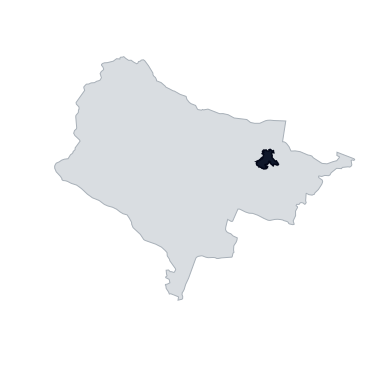 location of Malemba-Nkulu, Katanga, Democratic Republic of the Congo, rotated 291°
{"feature_id": "63176286B11863220768150", "entity_name": "Malemba-Nkulu", "entity_type": "district", "adm_level": 2, "iso_a3": "COD", "parent_name": "Democratic Republic of the Congo", "parent_adm1": "Katanga", "projection": "equal_earth", "projection_center": [26.787, -8.06], "detail": "fine", "context": "in_parent", "style": "filled", "palette": "ink", "viewbox_px": 384, "rotation_deg": 291, "n_neighbors": 0, "source": "geoboundaries", "source_scale": "gbopen_adm2", "svg_char_len": 7898}
<svg xmlns="http://www.w3.org/2000/svg" viewBox="0 0 384 384"><g transform="rotate(291 192 192)"><path d="M291.9,254.1L271.4,258.5L271.8,260.0L271.6,261.7L271.1,263.0L269.0,266.4L265.9,269.5L265.9,270.2L267.4,273.7L268.4,278.5L268.1,287.0L268.5,289.2L268.5,291.0L267.4,293.0L265.3,303.1L266.7,308.0L270.7,312.6L273.1,315.9L277.1,317.2L277.7,317.0L278.0,314.2L281.1,313.1L281.1,331.1L280.8,332.1L280.3,332.3L279.5,331.7L279.3,330.0L278.4,329.3L274.5,331.5L273.6,331.4L272.5,331.0L271.7,330.1L271.5,328.8L268.8,323.5L267.4,323.2L265.9,318.5L259.8,315.0L257.4,314.7L256.2,313.7L255.0,309.9L253.0,307.6L252.5,304.9L252.1,304.5L250.9,305.1L249.8,309.3L248.4,310.3L245.9,310.4L239.6,309.1L235.1,307.0L233.9,307.1L232.1,305.2L231.4,301.9L231.8,299.4L231.5,299.1L224.6,301.2L223.0,302.4L221.4,302.1L220.9,301.4L221.6,299.7L221.3,297.9L220.8,297.0L218.7,296.3L218.1,294.3L216.8,294.0L216.4,294.3L216.1,295.7L215.4,296.1L211.3,295.5L207.0,297.2L201.3,296.8L198.6,298.9L198.2,298.8L197.6,297.7L197.1,294.3L197.4,293.4L198.2,292.7L198.5,291.3L198.2,287.8L198.4,286.9L198.1,284.9L197.2,281.6L196.0,279.0L193.4,275.0L192.9,273.1L193.1,268.7L193.9,261.6L193.8,256.3L192.7,252.9L192.5,249.2L193.1,242.6L192.5,241.0L179.4,240.4L178.9,239.9L178.6,239.0L179.2,235.1L171.3,236.1L168.9,236.8L167.4,238.4L166.9,240.5L166.9,243.3L165.7,246.1L165.4,250.7L163.2,251.2L161.0,251.2L156.8,250.3L152.7,251.6L150.7,252.8L149.6,252.2L145.9,252.7L145.4,252.4L141.1,243.2L139.2,240.1L138.8,238.6L139.0,237.2L138.5,235.3L136.5,230.6L136.1,228.4L136.1,224.9L135.9,223.8L134.1,220.8L132.9,219.8L131.6,219.3L110.3,219.7L103.3,219.2L98.2,219.6L95.5,219.3L94.8,218.9L92.5,219.5L91.3,220.7L89.4,221.4L88.3,221.1L86.0,217.7L89.0,217.1L89.3,216.8L89.4,208.6L88.6,207.4L90.2,206.0L92.8,202.4L95.3,201.1L95.6,200.4L96.2,200.4L97.1,201.9L99.3,203.9L102.0,202.2L102.3,201.7L102.6,198.2L103.3,197.9L104.4,198.6L105.1,198.6L106.3,197.6L109.7,195.9L110.8,198.1L109.8,200.1L110.3,201.6L110.4,203.8L110.9,204.3L113.7,204.6L114.5,204.0L119.8,196.0L121.2,195.0L123.5,191.8L126.5,190.4L127.8,187.9L129.6,183.3L130.3,176.8L130.0,165.6L130.3,164.0L133.9,159.0L137.6,149.8L140.2,147.3L142.1,146.4L145.0,143.0L147.4,139.6L147.0,135.5L147.6,132.1L148.9,127.8L149.3,123.3L148.8,118.5L149.0,114.6L150.8,108.3L150.9,101.1L152.5,95.1L155.6,87.5L157.1,81.8L156.8,76.2L157.3,72.0L157.1,69.6L156.5,67.5L156.9,66.2L158.0,65.6L159.5,63.5L162.2,58.0L165.0,55.3L167.0,54.5L169.0,54.6L170.4,55.0L172.5,57.2L175.0,58.9L176.9,61.1L178.7,64.4L183.1,65.2L185.0,66.4L186.2,66.8L186.6,66.5L187.5,66.7L189.6,67.7L191.3,67.1L199.4,69.3L200.4,68.2L202.7,62.5L204.4,60.5L207.2,60.3L209.4,61.4L210.5,61.4L220.6,56.5L221.9,56.2L225.5,57.4L227.9,56.6L228.8,56.9L230.9,56.0L232.6,52.5L234.0,51.7L248.4,55.4L250.6,53.6L251.6,53.4L254.8,54.7L255.8,56.9L257.7,58.7L259.1,61.7L261.3,63.4L262.4,65.0L263.6,66.1L266.2,66.5L269.6,63.8L271.9,64.1L274.3,65.5L275.1,65.5L276.9,63.9L277.8,62.2L278.7,61.8L280.1,62.6L281.3,64.1L282.3,66.4L285.9,71.6L289.4,73.8L290.3,77.0L291.5,76.7L292.2,77.0L293.1,79.0L293.7,79.4L293.8,80.2L293.0,82.1L292.2,85.7L293.2,87.9L292.3,91.2L291.9,94.5L293.0,95.3L294.5,95.3L295.8,97.0L296.9,97.3L298.0,99.2L297.7,100.7L294.3,106.1L289.1,112.8L287.4,113.6L286.5,114.8L285.8,116.8L284.3,118.4L283.1,119.1L283.1,123.9L281.3,128.9L280.6,129.9L279.7,138.0L279.9,139.4L278.9,146.0L279.1,152.2L276.6,154.1L274.8,157.2L274.1,159.3L274.1,164.3L271.3,167.4L271.1,168.1L271.8,171.6L272.8,172.2L272.8,173.4L275.1,177.2L275.0,188.9L275.1,190.0L276.3,192.8L277.1,198.1L276.2,204.8L279.3,217.2L277.9,221.7L278.6,226.0L280.4,230.6L284.8,235.0L286.0,236.8L287.1,239.3L288.2,243.2L291.9,254.1Z" fill="#d9dde1" stroke="#a8b0b8" stroke-width="1"/><path d="M247.6,261.2L247.8,261.0L248.0,261.1L248.3,261.2L248.4,261.4L248.5,261.5L248.5,261.8L248.5,262.0L248.4,262.2L248.4,262.3L248.4,262.6L248.5,262.7L248.5,262.8L248.8,262.8L248.8,262.7L249.0,262.5L249.2,262.3L249.3,262.2L249.5,262.0L249.7,261.9L249.9,261.7L249.9,261.4L250.0,261.2L250.7,260.4L250.8,260.3L250.9,259.9L251.1,259.8L251.1,259.7L251.3,259.6L251.3,259.4L251.2,259.3L250.9,259.4L250.5,259.3L250.4,259.2L250.4,258.9L250.5,258.5L251.0,257.8L252.1,255.8L252.2,255.6L252.3,255.3L252.5,255.0L252.7,254.6L252.9,254.3L253.1,254.3L253.3,254.2L253.4,253.9L253.5,253.9L253.7,253.7L253.8,253.7L253.9,253.8L254.0,253.8L254.1,254.0L254.4,254.0L254.7,253.8L255.0,253.5L255.1,253.4L255.4,253.3L255.5,253.2L255.7,252.9L255.9,252.7L256.0,252.8L256.3,252.7L256.6,252.4L256.9,252.5L257.1,252.4L257.4,252.4L257.5,252.4L257.5,252.7L257.8,253.0L257.9,253.3L257.9,253.6L258.1,253.5L258.1,253.9L258.1,254.1L258.5,253.8L258.8,253.6L259.1,253.5L259.5,253.5L259.6,253.4L259.8,253.1L259.7,253.0L259.2,253.2L258.9,253.3L258.7,253.2L258.4,253.4L258.3,253.6L258.2,253.4L258.2,253.2L258.4,253.0L258.5,253.0L258.5,252.8L258.6,252.6L258.9,252.3L258.9,252.2L259.0,252.1L259.1,251.9L259.5,251.0L259.6,250.7L259.7,250.4L259.8,250.0L259.8,249.9L259.8,249.6L259.3,249.4L259.3,249.2L259.1,248.9L258.9,249.2L258.5,249.4L258.4,249.4L258.2,249.4L258.0,249.2L257.5,248.3L257.3,248.0L257.3,247.7L257.3,247.3L257.4,246.8L257.5,246.6L257.8,246.3L257.7,246.0L257.4,245.5L257.3,245.2L257.2,245.1L256.9,244.9L256.9,244.7L257.0,244.3L257.0,244.2L256.9,243.9L256.7,243.8L256.5,243.7L256.2,243.5L255.9,243.5L255.9,244.0L255.5,244.1L255.3,244.3L255.3,244.0L255.3,243.7L255.3,243.4L255.2,243.3L254.8,243.8L254.7,243.8L254.4,243.9L254.3,244.2L254.3,244.3L254.1,244.3L253.9,244.3L253.7,244.4L253.4,244.2L253.3,243.9L253.2,243.7L252.9,243.7L252.8,244.2L252.8,244.4L252.9,244.6L252.8,245.1L252.8,245.3L252.7,245.5L251.9,245.6L251.3,245.8L251.0,245.7L250.3,245.8L250.0,245.7L249.9,245.6L249.9,245.8L249.7,245.8L249.3,245.8L249.1,245.8L248.7,245.7L248.2,245.6L248.3,245.2L248.4,244.9L248.2,244.5L248.2,244.4L247.9,244.3L247.7,244.3L247.5,244.5L247.4,244.5L247.0,244.1L246.9,244.4L246.8,244.5L246.7,244.5L246.5,244.3L246.5,244.0L246.5,243.9L246.4,243.9L246.2,243.8L245.8,243.5L245.8,243.4L245.7,243.3L245.4,243.2L245.2,243.1L245.1,242.6L244.9,242.4L244.6,242.5L244.5,242.8L244.4,242.0L244.3,241.8L244.1,241.6L243.9,241.7L243.9,241.9L244.0,242.1L244.1,242.4L244.1,242.5L243.9,242.5L243.7,241.8L243.4,241.9L243.2,241.4L243.1,241.8L242.8,242.1L242.6,241.9L241.9,241.9L241.8,242.0L241.5,242.0L241.4,242.1L241.1,242.3L240.9,242.5L240.4,242.9L240.3,243.5L240.2,243.9L240.1,244.5L240.0,244.9L240.0,245.1L240.0,245.3L239.8,245.4L239.8,245.6L239.5,245.7L239.6,245.8L239.6,246.0L239.7,246.5L239.6,247.1L239.6,247.4L239.6,247.9L239.6,248.2L239.7,248.3L239.5,248.5L239.2,248.7L239.2,248.8L239.3,248.8L239.4,249.1L239.4,249.3L239.4,249.5L239.4,249.8L239.5,249.9L239.5,250.1L239.4,250.2L239.4,250.6L239.3,250.8L239.5,250.9L239.6,251.1L239.6,251.5L239.8,252.0L240.1,252.3L240.2,252.6L240.3,252.6L240.5,252.5L240.5,253.0L240.6,252.8L240.7,253.1L240.8,253.1L240.9,252.9L240.9,252.7L241.0,252.9L241.2,252.7L241.2,252.9L241.3,252.9L241.3,253.0L241.2,253.1L241.4,253.2L241.6,253.2L241.8,253.2L242.0,253.4L242.0,253.5L242.2,253.4L242.4,253.5L242.5,253.5L242.4,253.3L242.5,253.3L242.3,252.6L242.3,252.4L242.5,252.0L242.4,251.7L242.8,251.1L243.0,251.4L243.0,251.2L243.3,250.6L243.6,250.4L243.8,250.4L243.9,250.7L243.7,250.9L243.7,251.0L243.6,251.4L244.1,251.2L244.3,251.2L244.5,251.3L244.6,251.5L244.8,251.7L244.9,252.5L245.0,252.6L245.4,252.7L245.5,252.6L246.0,252.7L246.1,252.8L246.3,253.0L246.9,253.5L247.1,253.4L247.4,253.2L247.5,253.0L247.9,252.7L248.1,252.7L248.2,252.8L248.1,253.0L248.3,253.4L248.4,253.5L248.5,253.6L248.5,253.8L248.3,254.3L248.1,254.5L247.7,254.3L247.3,254.7L247.0,254.9L246.8,255.2L246.7,255.3L246.7,255.7L246.6,255.8L246.4,255.9L246.2,256.4L246.2,256.9L245.6,258.0L245.5,258.5L245.8,258.6L246.0,258.5L246.2,258.4L246.5,258.4L246.9,258.3L247.0,258.3L247.3,258.5L247.5,258.7L247.7,259.1L247.6,259.6L247.6,259.9L247.7,260.0L247.8,260.3L247.8,260.5L247.8,260.8L247.8,260.7L247.6,260.7L247.6,260.8L247.6,261.0L247.6,261.2Z" fill="#0f172a" stroke="#020617" stroke-width="1.5"/></g></svg>